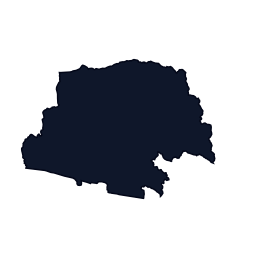 Ntchisi, Ntchisi, Malawi (Mercator projection), rotated 111°
{"feature_id": "42251766B52093988372546", "entity_name": "Ntchisi", "entity_type": "district", "adm_level": 2, "iso_a3": "MWI", "parent_name": "Malawi", "parent_adm1": "Ntchisi", "projection": "mercator", "projection_center": [33.991, -13.273], "detail": "fine", "context": "isolated", "style": "filled", "palette": "ink", "viewbox_px": 256, "rotation_deg": 111, "n_neighbors": 0, "source": "geoboundaries", "source_scale": "gbopen_adm2", "svg_char_len": 5724}
<svg xmlns="http://www.w3.org/2000/svg" viewBox="0 0 256 256"><g transform="rotate(111 128 128)"><path d="M196.6,212.5L197.0,212.3L198.0,212.2L198.3,210.8L199.6,210.1L199.6,209.1L202.0,208.9L197.4,190.5L197.2,188.6L197.1,184.2L196.4,181.0L195.6,170.0L194.4,161.6L194.6,160.5L194.5,159.8L196.4,156.3L198.1,155.7L198.9,155.0L199.3,154.1L198.8,152.4L198.0,151.3L196.9,151.4L194.1,152.6L193.9,152.7L193.3,146.7L193.2,143.1L192.5,142.9L191.9,142.5L191.8,141.4L191.0,138.2L191.0,137.6L190.5,136.9L188.8,136.4L187.5,133.1L187.4,132.2L187.1,129.4L188.2,126.7L189.8,126.5L191.6,126.0L192.3,125.5L193.1,125.4L193.5,123.8L194.0,123.7L194.9,123.8L195.2,122.5L194.7,120.7L194.7,120.0L193.4,114.5L193.3,112.5L188.1,88.3L187.7,88.3L185.9,88.9L184.0,89.2L180.9,90.7L180.6,91.0L180.7,92.3L180.3,93.7L179.8,94.2L178.7,94.2L177.7,93.9L177.4,93.6L177.3,92.2L176.9,92.0L175.9,91.9L175.5,91.2L175.6,89.7L176.1,88.0L175.5,87.6L175.3,87.1L175.9,84.4L175.7,82.4L176.1,81.4L176.2,80.1L177.3,77.7L177.2,76.7L177.5,76.3L178.1,74.6L178.5,74.0L180.2,73.2L179.2,72.7L176.4,72.1L174.6,73.2L174.0,74.9L173.5,74.9L172.6,74.3L172.1,74.2L170.6,74.5L169.9,74.9L169.1,76.3L168.7,76.6L167.9,76.8L167.2,76.5L167.0,76.0L167.0,74.9L166.8,74.8L166.3,74.9L165.4,75.5L164.4,75.7L162.7,75.3L162.6,75.1L163.0,73.0L162.7,72.6L161.8,72.1L161.9,71.5L161.7,71.3L161.2,71.5L160.6,72.0L160.1,72.7L160.3,73.7L160.2,74.2L158.1,74.6L158.4,75.3L158.2,75.5L156.8,76.0L156.2,76.5L156.4,77.0L157.3,77.6L156.8,78.8L157.0,79.3L156.9,79.5L156.3,80.3L156.0,81.2L155.1,82.1L155.2,82.6L156.0,83.5L156.2,84.0L156.1,84.8L155.5,85.6L154.0,86.7L153.8,87.2L154.1,87.9L154.9,88.9L155.0,89.4L154.8,89.9L154.0,90.8L152.7,90.9L152.5,91.0L152.5,91.8L152.3,91.9L151.5,91.7L151.3,91.9L151.2,92.9L150.7,93.6L150.4,94.6L148.4,93.5L148.1,93.1L148.0,91.8L146.7,91.8L145.7,91.6L142.9,90.2L142.1,90.4L141.3,91.1L140.8,91.0L139.8,91.7L139.5,91.5L139.4,91.1L139.4,90.6L140.3,88.2L140.1,86.7L140.5,86.2L141.2,86.0L141.9,85.2L142.9,84.4L143.8,82.6L144.1,80.3L143.6,77.5L143.7,75.7L143.3,75.4L143.1,75.4L142.3,76.1L141.5,75.6L140.5,75.5L139.8,75.2L139.0,74.6L138.7,73.9L138.1,73.1L138.1,72.6L138.5,71.3L138.1,70.2L137.7,69.6L136.9,69.5L135.7,69.5L134.6,68.7L133.4,68.9L132.4,68.8L131.5,68.3L129.9,68.4L129.7,68.2L129.7,67.5L128.8,65.8L128.9,65.1L129.8,62.9L129.5,62.0L129.4,57.1L129.0,55.4L128.7,55.1L129.2,54.0L129.0,53.8L128.2,53.8L127.8,52.5L127.6,52.3L126.9,52.2L126.7,51.9L127.1,50.4L127.4,47.5L128.0,46.7L128.0,45.7L128.5,44.1L128.3,43.2L128.8,42.0L129.0,40.1L130.2,38.1L130.2,35.9L129.6,36.6L129.3,36.7L127.5,35.7L126.8,36.0L125.6,36.0L122.7,37.9L121.7,38.0L121.2,38.6L120.8,39.5L120.2,41.6L119.6,42.7L118.5,42.6L116.8,43.3L114.4,43.3L112.3,45.1L112.0,45.5L111.7,46.4L110.9,46.8L110.1,48.1L109.3,48.8L108.6,48.8L106.8,47.9L103.9,47.6L102.5,48.3L100.8,49.6L97.5,50.6L96.4,51.2L95.7,51.8L95.7,53.7L96.3,55.3L95.8,57.9L96.5,59.0L98.0,60.3L97.9,61.0L97.3,61.7L96.4,62.4L95.7,63.5L94.3,63.3L93.9,62.7L93.6,62.6L92.9,62.7L92.3,63.2L92.3,64.5L92.1,64.6L90.8,64.4L89.3,63.5L88.8,63.4L87.7,63.5L86.9,64.0L85.3,64.2L84.6,65.0L84.2,65.9L81.6,68.7L80.6,70.5L79.9,70.8L77.9,70.5L76.5,71.1L76.0,72.3L75.1,72.9L75.5,73.4L75.9,75.1L74.9,76.2L74.4,78.3L74.5,78.9L74.9,80.1L74.9,81.4L75.6,83.2L75.1,83.3L74.1,84.1L72.9,84.6L72.6,85.0L72.0,85.4L71.3,85.3L70.2,84.9L69.2,85.3L68.3,86.2L67.4,87.6L65.6,88.6L65.3,89.1L63.6,91.1L61.3,91.1L60.3,91.9L59.3,93.1L58.3,93.3L57.2,93.9L55.7,93.9L55.4,94.3L54.9,95.8L54.4,96.7L54.0,98.0L54.2,98.8L54.7,99.4L54.9,100.4L55.2,100.8L55.9,101.1L57.0,101.1L57.7,101.9L58.8,102.0L58.8,102.6L59.2,102.7L58.5,103.9L57.8,104.6L57.8,105.0L57.4,105.6L57.1,106.5L56.3,107.6L55.7,108.9L55.5,110.0L55.5,110.3L56.2,110.3L56.3,110.6L56.1,111.4L56.6,112.0L56.8,113.7L57.5,113.6L58.1,114.4L58.0,115.5L58.5,116.7L58.2,119.7L56.8,122.6L57.7,125.8L57.8,128.6L57.6,130.4L57.6,130.7L57.9,130.9L58.2,130.9L58.4,131.1L58.5,132.1L58.9,132.6L60.9,134.1L61.1,134.8L60.6,135.9L60.7,136.2L61.3,136.2L61.0,137.3L61.2,137.6L62.0,137.9L62.3,138.5L62.3,139.1L62.1,139.3L62.2,139.8L62.0,140.4L62.6,141.3L62.6,142.0L61.8,142.4L61.4,143.4L62.0,146.9L62.4,147.5L63.9,148.8L64.5,150.3L65.2,151.3L65.7,153.3L66.2,153.8L66.8,154.1L67.1,154.7L67.6,155.1L68.2,156.8L69.6,159.1L70.0,159.0L70.3,159.2L71.4,160.0L72.0,161.6L73.9,163.7L76.1,165.1L76.7,166.7L77.2,167.4L78.6,169.0L80.6,170.7L81.5,173.3L82.0,173.9L82.6,174.8L83.5,175.8L83.7,176.5L84.0,178.9L84.3,179.3L85.2,179.8L85.5,180.3L85.5,181.1L85.1,182.1L85.4,183.6L86.6,185.8L87.3,186.2L86.1,187.9L85.6,190.5L85.6,192.7L86.4,193.3L89.8,194.1L90.6,194.8L92.8,197.0L94.5,199.8L95.6,200.7L96.6,202.3L100.4,210.7L100.8,211.9L102.7,210.8L104.0,210.6L104.8,209.9L107.5,209.0L108.8,208.1L110.4,208.8L114.9,209.2L116.0,209.1L117.6,208.6L119.9,206.9L121.5,205.9L125.6,204.3L129.8,202.4L130.8,201.5L131.2,200.6L133.2,201.1L133.5,201.3L134.7,203.1L134.8,203.5L134.7,204.5L135.4,205.3L135.7,206.1L136.4,205.9L136.7,206.6L138.3,207.9L138.6,208.5L138.5,210.1L138.7,210.5L140.4,211.0L140.7,211.7L140.9,211.9L142.2,212.7L143.2,213.0L144.0,213.0L144.6,212.7L146.5,211.1L148.4,210.1L149.4,210.1L150.5,211.0L150.9,211.0L154.7,208.5L156.6,207.9L158.7,207.5L159.7,206.7L160.8,207.3L161.2,208.1L162.8,208.1L163.3,207.8L165.6,205.9L165.9,206.0L166.4,206.3L166.9,207.8L165.7,208.7L165.8,209.2L167.2,209.8L169.3,209.7L169.7,210.0L169.5,212.3L168.7,214.9L168.7,215.7L168.8,216.2L169.5,216.7L170.2,217.0L171.7,216.8L172.0,217.8L172.7,218.1L173.9,217.7L174.1,217.8L174.4,218.5L175.1,219.5L175.5,219.8L177.0,219.6L177.4,219.3L178.4,220.0L180.3,220.3L181.4,219.6L182.2,219.6L183.5,219.1L184.5,219.8L185.0,219.9L185.8,219.7L187.7,218.7L188.9,217.8L191.5,216.1L193.0,215.7L193.4,215.4L194.1,213.5L194.4,213.1L195.9,213.3L196.1,213.2L196.6,212.5Z" fill="#0f172a" stroke="#020617" stroke-width="1.5"/></g></svg>